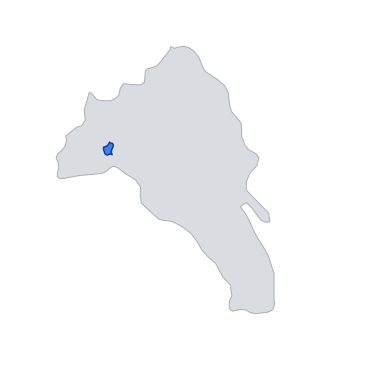 location of Cristobal, Independencia, Dominican Republic, rotated 50°
{"feature_id": "3306468B18266835565764", "entity_name": "Cristobal", "entity_type": "district", "adm_level": 2, "iso_a3": "DOM", "parent_name": "Dominican Republic", "parent_adm1": "Independencia", "projection": "mercator", "projection_center": [-71.278, 18.34], "detail": "fine", "context": "in_parent", "style": "filled", "palette": "blue", "viewbox_px": 384, "rotation_deg": 50, "n_neighbors": 0, "source": "geoboundaries", "source_scale": "gbopen_adm2", "svg_char_len": 3273}
<svg xmlns="http://www.w3.org/2000/svg" viewBox="0 0 384 384"><g transform="rotate(50 192 192)"><path d="M67.9,252.5L68.2,239.1L70.3,233.6L68.4,227.8L59.8,221.7L54.5,213.8L49.8,206.8L50.9,205.8L60.2,205.5L63.5,202.9L69.8,195.7L71.1,190.0L70.6,185.6L66.5,180.4L64.9,174.9L69.9,170.1L76.5,163.1L77.4,160.4L77.3,157.7L69.6,150.3L69.0,147.2L72.6,139.1L72.3,133.8L68.7,117.2L67.0,114.7L70.4,113.3L72.7,108.4L75.7,104.0L79.7,101.6L84.2,100.1L93.2,100.2L105.7,104.1L109.2,104.0L121.2,100.5L131.1,98.6L140.4,100.8L144.2,103.8L151.9,108.5L155.8,110.0L168.0,109.9L171.3,110.3L181.5,118.2L190.1,121.3L195.1,121.5L204.1,118.4L208.5,118.5L213.6,125.3L214.6,134.9L218.9,143.6L225.4,149.2L257.6,146.9L264.8,151.5L262.3,155.3L257.8,157.3L242.5,156.4L235.8,156.9L234.4,160.6L234.4,164.2L243.4,165.0L252.1,166.8L261.1,169.6L270.2,171.5L280.4,172.7L290.5,174.8L307.3,181.6L325.9,197.3L330.9,200.8L334.2,205.7L332.6,211.7L325.9,221.6L322.2,224.7L316.7,226.7L313.0,230.7L309.3,237.6L307.1,238.2L304.5,237.9L300.0,234.0L296.9,228.0L287.9,222.4L277.2,223.1L261.5,219.8L252.0,221.4L242.5,221.7L232.8,220.0L223.0,219.5L213.2,221.6L203.8,225.2L200.3,227.5L194.2,233.1L191.0,235.1L167.9,238.0L161.3,233.9L155.1,228.2L146.3,227.5L133.4,231.8L125.4,233.4L122.1,235.3L121.1,237.4L121.1,245.2L119.3,250.0L106.8,268.0L99.7,280.7L96.8,284.6L93.4,285.4L87.3,278.2L83.3,275.5L78.5,274.2L76.4,270.3L76.5,264.8L75.2,259.5L72.2,255.3L67.9,252.5Z" fill="#d9dde1" stroke="#a8b0b8" stroke-width="1"/><path d="M100.9,223.2L101.0,223.4L101.1,223.6L101.2,224.0L101.3,224.4L101.4,224.5L101.4,224.8L101.6,225.0L101.8,225.4L101.8,225.5L101.9,226.0L102.0,226.4L102.1,226.5L102.1,226.9L102.1,227.4L102.1,227.7L102.1,227.8L102.1,228.0L101.8,228.4L101.7,228.4L101.7,228.5L101.8,228.6L101.8,228.9L101.9,229.1L101.8,229.3L101.8,229.5L101.5,229.8L101.3,230.0L101.2,230.1L101.0,230.3L100.9,230.5L101.0,230.9L101.0,231.0L101.4,231.5L101.9,232.0L102.0,232.1L102.3,232.2L102.6,232.4L102.8,232.5L103.0,232.6L103.5,232.8L103.8,232.9L104.1,233.0L104.5,233.1L104.9,233.3L105.1,233.4L105.3,233.5L105.5,233.6L105.8,233.8L106.1,233.8L106.4,234.0L106.5,234.0L107.2,234.1L107.4,234.0L107.6,233.9L107.8,233.8L107.9,233.7L108.2,233.5L108.3,233.5L108.3,233.4L108.5,233.4L109.0,233.4L109.2,233.2L109.3,232.9L109.4,232.7L109.5,232.6L109.5,232.3L109.5,232.2L109.7,231.9L109.7,231.7L109.8,231.6L109.9,231.3L110.0,231.1L110.2,230.8L110.1,230.7L110.0,230.4L110.0,230.2L110.2,229.9L110.4,229.9L110.6,229.7L110.8,229.7L111.1,229.5L111.4,229.5L111.5,229.4L111.9,229.3L111.8,229.1L111.7,229.1L111.4,228.9L111.2,228.8L110.9,228.7L110.7,228.6L110.1,228.5L109.9,228.5L109.7,228.4L109.4,228.2L109.2,228.1L109.1,227.9L109.0,227.7L109.0,227.4L108.7,227.4L108.5,227.2L108.4,227.2L108.3,226.9L108.2,226.8L108.1,226.7L108.1,226.2L107.9,226.0L107.7,225.9L107.5,225.6L107.4,225.5L107.4,225.4L107.5,225.3L107.5,225.1L107.4,224.9L107.2,224.6L107.1,224.4L107.0,224.2L106.9,224.0L106.9,223.9L106.7,223.7L106.5,223.4L106.4,223.3L106.3,223.2L106.2,223.0L106.1,222.8L105.9,222.6L105.4,222.1L105.1,221.9L104.9,221.8L104.6,221.8L104.4,221.8L104.0,221.8L103.6,221.8L103.4,221.8L103.2,221.9L103.1,222.0L102.9,222.3L102.8,222.5L102.3,222.7L102.2,222.7L101.9,222.8L101.6,222.9L101.4,223.0L101.2,223.1L100.9,223.2Z" fill="#3b82f6" stroke="#1e3a8a" stroke-width="1.5"/></g></svg>